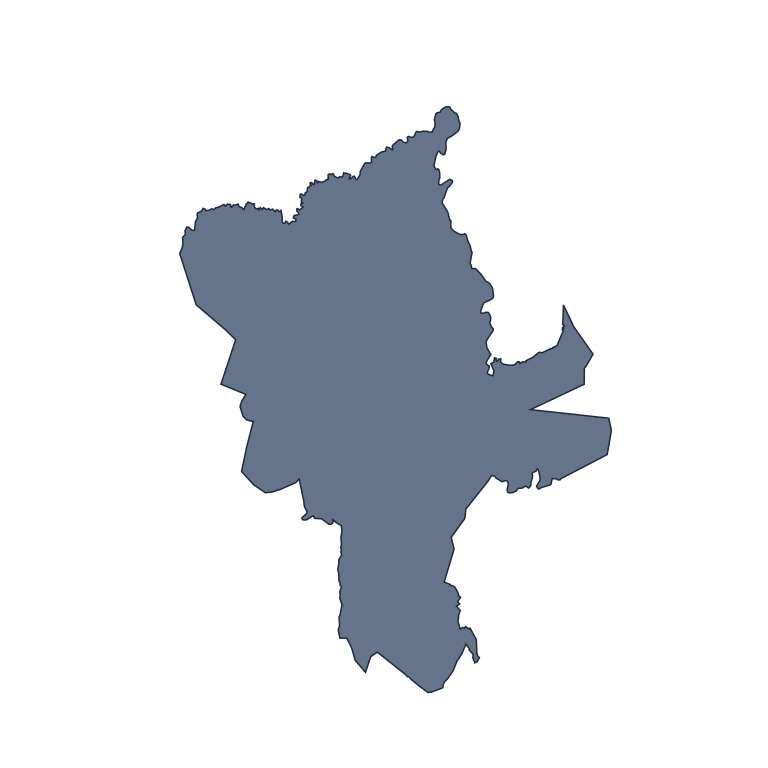 the district of Tlaquiltenango, Morelos, Mexico, rotated 196°
{"feature_id": "50627088B38776032465791", "entity_name": "Tlaquiltenango", "entity_type": "district", "adm_level": 2, "iso_a3": "MEX", "parent_name": "Mexico", "parent_adm1": "Morelos", "projection": "natural_earth1", "projection_center": [-99.069, 18.498], "detail": "fine", "context": "isolated", "style": "filled", "palette": "slate", "viewbox_px": 768, "rotation_deg": 196, "n_neighbors": 0, "source": "geoboundaries", "source_scale": "gbopen_adm2", "svg_char_len": 6170}
<svg xmlns="http://www.w3.org/2000/svg" viewBox="0 0 768 768"><g transform="rotate(196 384 384)"><path d="M396.5,668.1L398.3,668.4L400.8,667.7L404.4,663.7L405.0,660.7L407.8,659.3L408.6,658.0L408.5,652.2L406.7,648.6L406.0,644.3L406.8,642.8L407.0,640.0L409.1,638.5L411.7,638.8L416.2,637.8L419.3,636.0L422.0,635.9L422.9,634.6L423.2,630.9L424.3,629.2L425.6,628.6L428.6,628.8L429.4,628.0L429.7,627.2L428.4,625.3L428.2,623.3L429.3,621.8L432.2,621.9L435.1,623.4L436.8,623.0L441.4,615.9L441.6,614.7L440.3,612.1L440.8,611.4L444.1,612.6L446.9,612.4L446.9,608.1L450.3,606.4L454.3,601.8L454.6,599.8L455.8,599.1L458.3,599.4L458.5,598.0L457.2,593.9L458.1,592.6L462.8,591.6L463.7,589.5L465.4,582.0L464.8,578.3L466.2,573.0L468.0,573.2L468.5,574.6L470.1,575.6L470.9,575.0L472.2,572.5L473.7,571.5L474.2,572.8L473.5,574.0L473.6,575.4L474.3,576.0L478.5,576.1L481.0,575.8L480.8,572.3L481.8,571.2L483.7,571.2L484.9,569.4L488.3,569.8L489.6,570.6L490.3,571.9L491.4,572.2L492.6,570.7L494.1,571.1L495.4,569.7L494.0,565.4L495.4,564.7L497.1,562.4L499.9,560.6L502.7,560.7L503.5,559.1L504.7,560.9L506.4,561.0L506.3,556.5L507.2,556.4L509.1,557.7L510.4,557.0L510.4,555.9L509.4,555.5L508.8,554.2L510.1,553.7L510.1,553.0L511.6,551.6L511.0,547.5L512.4,546.1L512.3,543.7L513.4,543.2L515.8,543.8L516.6,543.4L516.8,542.7L516.2,540.1L514.6,540.0L514.1,539.4L513.6,536.0L511.9,535.7L513.4,534.2L513.3,532.8L510.7,531.6L513.0,528.2L515.4,528.8L516.1,528.3L515.4,526.2L514.0,525.6L512.7,523.8L513.4,522.8L516.1,521.8L517.2,520.3L516.8,518.5L514.1,518.2L513.7,516.4L514.1,515.6L516.9,515.2L519.4,511.4L522.1,513.4L523.4,513.3L523.6,511.1L524.9,510.7L526.0,511.3L527.2,513.4L527.2,514.7L530.7,522.5L531.8,521.0L532.5,520.8L533.7,521.9L534.9,521.9L535.7,521.2L536.0,519.5L539.4,521.4L541.2,519.8L543.0,521.0L544.8,519.3L548.6,520.3L549.0,518.6L549.6,518.2L551.6,519.4L552.3,517.0L553.1,518.2L555.2,517.2L556.9,518.0L557.7,519.2L558.1,521.4L560.4,520.9L564.8,521.5L565.1,520.2L566.3,518.8L565.7,517.1L566.6,516.1L566.6,513.1L567.5,513.1L569.1,514.3L572.1,514.6L573.9,516.8L577.0,514.7L578.1,514.6L579.3,511.7L580.0,512.0L581.0,514.2L584.2,513.7L585.5,511.3L587.3,512.5L592.3,508.0L594.3,507.1L595.5,504.7L597.8,505.1L600.0,502.8L602.8,501.5L604.2,502.8L606.3,503.0L607.1,500.1L610.4,496.9L610.1,494.6L609.1,492.7L610.0,487.9L608.8,481.3L608.9,479.2L611.0,478.9L614.7,480.8L616.8,480.7L617.5,476.2L616.2,473.0L618.0,469.4L615.8,463.1L615.6,458.7L616.4,453.2L586.4,408.4L551.1,392.3L538.8,385.6L540.7,338.9L514.0,335.9L516.0,328.7L516.2,322.7L510.6,314.1L506.2,311.6L499.4,311.9L498.6,284.7L496.8,260.6L481.5,251.2L468.0,246.8L462.0,249.2L454.6,254.1L441.7,264.8L439.4,269.3L429.0,249.7L426.7,244.1L423.0,240.4L422.6,238.3L426.1,232.7L424.7,231.1L421.9,231.6L420.3,232.7L416.4,237.4L415.5,237.8L413.8,235.7L406.8,237.2L398.4,234.0L396.2,234.7L394.9,236.3L395.2,238.0L396.6,240.0L392.1,237.7L386.0,236.0L383.9,231.2L383.1,224.4L380.6,218.0L380.6,214.6L379.4,213.3L379.1,210.4L377.5,208.1L379.0,203.0L378.9,201.6L378.2,200.7L377.3,192.9L375.1,188.9L373.0,182.2L371.7,181.5L370.8,178.5L368.9,177.1L369.3,172.1L367.6,167.8L367.5,165.9L363.6,160.4L362.7,151.1L362.9,147.4L360.1,139.4L360.2,134.8L356.3,127.5L349.8,129.5L342.3,121.3L335.6,110.5L322.3,101.7L321.6,118.2L316.5,124.4L282.0,110.1L281.0,109.1L279.1,109.5L277.8,108.2L267.8,103.7L256.9,99.6L253.7,100.7L243.7,108.2L244.2,111.2L244.0,113.7L241.3,118.9L238.5,127.6L237.4,137.9L234.8,145.9L233.6,156.5L228.6,152.8L229.0,152.1L228.3,151.5L223.6,148.5L223.3,145.1L222.3,144.7L221.8,143.2L220.1,141.9L219.9,141.0L218.1,142.5L216.8,147.2L219.2,148.6L220.7,151.3L224.8,163.8L234.0,173.0L234.3,171.9L238.8,173.3L239.6,171.2L241.5,171.7L243.1,169.3L244.6,171.5L247.3,175.9L248.6,183.0L248.3,187.3L253.2,190.4L250.6,193.4L253.2,195.0L251.6,200.1L254.1,200.8L253.9,201.5L256.0,204.5L259.6,208.0L262.4,209.1L264.1,208.6L265.4,209.6L271.5,210.1L271.1,244.6L277.1,255.2L269.2,277.1L270.9,286.2L257.1,319.6L255.3,325.7L251.8,325.9L250.6,324.5L244.1,322.7L243.3,322.7L240.5,324.7L239.0,324.8L237.0,322.7L236.6,317.2L235.9,314.9L235.0,313.9L233.9,313.8L230.6,314.9L227.4,317.6L226.3,320.6L222.2,322.2L219.8,325.0L216.4,323.8L215.9,324.2L215.0,326.9L215.6,330.3L215.5,334.8L216.0,337.1L217.0,338.5L216.6,339.8L213.9,342.0L213.3,344.7L212.2,344.1L210.8,342.0L208.1,336.8L207.5,334.0L209.2,327.8L207.2,326.0L206.1,325.7L203.7,328.2L196.6,332.6L195.9,333.8L196.2,339.5L191.8,340.3L190.7,339.8L188.5,340.2L188.0,341.6L150.0,377.7L152.6,402.0L158.5,413.1L236.2,399.7L191.5,438.9L195.8,454.7L194.6,456.8L191.3,470.3L217.4,491.4L233.3,509.4L228.5,490.3L226.8,489.8L227.8,487.0L227.6,486.0L226.7,487.3L226.5,486.8L227.3,485.3L226.4,484.3L228.3,468.6L231.8,465.5L231.7,464.4L233.4,464.1L241.1,457.2L242.3,457.6L244.1,456.9L248.0,450.9L254.0,445.5L253.6,444.1L256.7,443.6L258.9,441.2L259.9,442.6L261.6,442.4L263.4,439.0L265.0,437.7L268.8,436.6L275.3,435.9L277.9,437.3L278.6,440.3L281.1,439.4L280.7,438.2L281.5,436.8L282.6,437.3L283.4,439.8L285.0,439.6L284.6,435.2L286.9,433.0L281.9,426.8L281.5,421.9L286.0,422.0L287.7,422.9L287.9,424.6L287.2,427.8L287.7,430.3L290.0,430.9L291.6,432.2L291.4,434.9L289.4,441.7L295.1,447.3L297.3,452.2L297.2,454.9L294.1,464.2L293.8,465.6L294.3,467.3L296.1,468.2L299.2,472.1L299.1,474.3L299.6,476.8L300.9,479.2L303.4,481.5L306.1,481.0L307.4,479.7L310.1,478.9L311.3,481.0L310.5,489.5L305.1,494.0L303.0,496.5L302.9,498.7L305.6,505.0L307.2,507.3L310.2,509.6L311.8,510.5L314.3,510.8L320.7,516.1L326.6,519.6L328.3,520.1L331.4,519.1L333.1,522.4L334.5,523.9L335.6,534.9L336.1,535.0L339.5,540.9L342.8,544.6L346.1,549.9L347.8,550.8L349.8,549.1L353.3,548.8L358.7,550.2L362.1,552.0L363.2,553.7L364.7,559.5L366.2,560.0L370.0,566.8L378.2,574.3L378.3,578.3L377.6,579.6L377.0,590.1L375.9,591.4L373.8,596.7L374.2,598.3L377.2,599.0L383.8,591.3L384.6,590.7L386.5,591.1L387.4,595.0L387.2,597.8L388.9,603.0L390.7,605.5L391.8,605.6L392.3,604.6L393.6,604.8L396.1,607.5L396.8,617.1L396.2,621.9L395.9,622.7L394.8,623.0L393.4,621.5L390.2,620.6L388.9,621.8L389.0,627.1L391.1,633.0L390.9,637.3L386.3,642.2L382.5,647.3L381.9,650.4L382.6,655.3L385.1,658.5L386.5,661.6L388.2,663.5L389.4,664.2L390.2,663.9L395.6,666.5L396.5,668.1Z" fill="#64748b" stroke="#1e293b" stroke-width="1.5"/></g></svg>